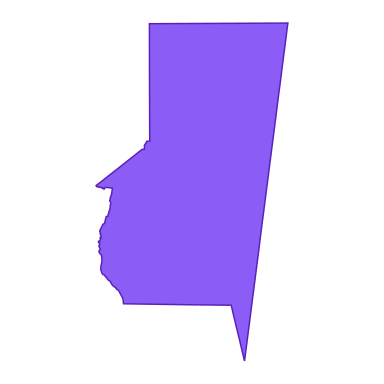 outline of Rivadavia, Córdoba, Argentina
{"feature_id": "61730980B21057051979490", "entity_name": "Rivadavia", "entity_type": "district", "adm_level": 2, "iso_a3": "ARG", "parent_name": "Argentina", "parent_adm1": "Córdoba", "projection": "equal_earth", "projection_center": [-62.507, -30.072], "detail": "fine", "context": "isolated", "style": "filled", "palette": "violet", "viewbox_px": 384, "rotation_deg": 0, "n_neighbors": 0, "source": "geoboundaries", "source_scale": "gbopen_adm2", "svg_char_len": 2834}
<svg xmlns="http://www.w3.org/2000/svg" viewBox="0 0 384 384"><path d="M244.5,361.0L244.8,358.9L258.8,250.0L260.5,236.0L264.7,203.7L268.8,171.7L269.1,169.2L274.0,131.4L278.8,93.5L280.4,81.5L281.9,69.4L285.2,44.0L286.9,30.6L287.1,28.8L287.5,25.8L287.9,23.0L284.9,23.1L282.2,23.1L149.4,23.7L149.5,81.3L149.6,108.1L149.7,141.2L148.3,141.2L147.0,141.2L146.9,141.2L145.7,143.3L144.4,145.4L144.4,145.9L144.4,149.3L142.2,149.3L120.8,166.2L110.1,174.6L99.4,183.0L98.0,184.1L96.1,185.5L96.2,185.9L96.6,186.3L97.0,186.8L97.7,186.7L98.3,186.6L98.5,186.9L98.5,187.0L99.4,187.4L99.9,187.4L100.1,187.4L100.4,187.3L100.7,187.3L101.3,187.3L101.8,188.0L102.3,188.2L103.0,188.6L103.7,188.2L104.1,188.4L104.2,188.8L104.5,188.3L104.9,188.1L105.4,187.8L105.7,187.5L106.3,187.4L107.6,187.5L112.3,188.2L112.2,189.2L112.2,189.7L112.1,190.4L112.0,191.1L111.9,191.6L111.8,192.3L111.7,193.0L111.7,193.8L111.5,194.3L111.2,194.9L110.9,196.2L110.7,196.8L110.2,198.0L110.2,198.7L110.1,199.1L110.1,199.6L109.7,200.6L109.8,201.1L110.4,202.0L110.5,202.5L110.8,203.6L110.7,204.3L110.3,204.9L110.2,206.3L110.2,206.9L109.8,209.7L109.2,210.9L108.8,212.1L108.8,212.3L108.8,213.2L108.0,214.6L108.1,215.3L107.9,216.3L107.7,216.3L107.3,216.4L106.9,216.4L106.2,216.5L106.1,217.1L105.8,218.2L105.6,218.5L105.4,220.1L105.2,220.5L105.0,221.3L105.0,221.9L104.8,222.6L104.3,223.7L103.9,223.8L103.5,223.9L102.6,224.5L102.5,225.3L101.3,227.6L101.2,228.1L100.8,228.6L100.4,229.5L100.0,230.2L99.8,230.9L99.8,231.6L99.9,231.8L100.1,231.8L100.4,232.3L100.4,233.2L100.2,233.4L100.2,234.0L101.1,235.9L101.2,236.3L101.0,236.9L101.1,237.4L100.6,237.3L100.2,237.4L100.2,238.1L100.5,238.6L100.3,239.4L100.0,240.1L100.0,241.2L99.8,241.6L99.4,241.5L99.2,241.2L98.9,241.2L98.4,241.3L98.4,241.8L99.1,243.3L99.8,244.2L99.7,244.9L98.9,245.8L99.3,246.8L99.3,247.1L99.8,248.1L100.0,248.4L100.3,249.0L99.9,249.8L99.8,250.2L99.1,250.5L99.0,250.8L99.1,252.1L99.5,253.0L100.1,253.8L100.5,254.0L100.9,254.6L101.4,255.0L101.8,256.9L101.6,258.0L101.9,259.1L102.0,260.0L101.8,261.9L101.7,262.9L101.5,263.6L101.3,264.4L101.1,265.2L101.0,266.0L100.9,266.8L100.8,267.6L100.8,268.7L100.8,269.7L101.1,270.6L101.5,271.6L101.7,272.6L102.1,273.5L102.6,274.1L103.2,274.6L104.3,275.0L104.9,275.7L105.3,276.5L106.0,277.2L106.8,277.8L107.1,278.5L107.6,279.3L108.5,280.3L109.2,280.7L109.8,281.1L110.4,281.7L110.8,282.6L111.1,283.1L111.6,284.1L112.3,285.0L113.1,285.8L113.6,286.3L114.2,286.8L115.0,287.1L115.7,287.5L116.0,288.4L116.5,289.2L117.4,289.6L117.6,289.7L118.3,290.3L119.1,291.5L119.5,292.2L120.1,293.3L120.2,293.5L121.3,295.6L122.3,297.3L123.0,299.2L123.3,301.0L123.3,302.4L123.6,303.8L125.2,303.8L185.5,304.7L201.3,304.9L205.4,304.9L213.1,305.0L230.3,305.2L231.2,305.2L233.2,313.8L235.2,322.1L237.5,331.7L239.6,340.2L240.5,344.1L241.9,350.0L244.5,361.0Z" fill="#8b5cf6" stroke="#5b21b6" stroke-width="1.5"/></svg>